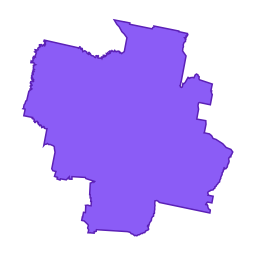 the district of Macedon Ranges, Victoria, Australia, rotated 183°
{"feature_id": "25037944B22463121274190", "entity_name": "Macedon Ranges", "entity_type": "district", "adm_level": 2, "iso_a3": "AUS", "parent_name": "Australia", "parent_adm1": "Victoria", "projection": "equal_earth", "projection_center": [144.673, -37.333], "detail": "fine", "context": "isolated", "style": "filled", "palette": "violet", "viewbox_px": 256, "rotation_deg": 183, "n_neighbors": 0, "source": "geoboundaries", "source_scale": "gbopen_adm2", "svg_char_len": 5856}
<svg xmlns="http://www.w3.org/2000/svg" viewBox="0 0 256 256"><g transform="rotate(183 128 128)"><path d="M46.1,176.3L59.1,179.9L59.7,180.9L59.6,182.5L59.7,183.1L60.6,183.6L60.9,184.7L62.4,185.5L63.6,184.6L64.8,181.6L66.0,181.9L68.6,181.5L68.9,180.8L69.4,180.7L69.9,180.9L70.3,181.6L70.7,181.7L73.3,176.4L74.7,175.1L75.5,175.4L75.9,171.9L76.7,171.3L77.7,171.7L78.1,172.8L78.4,173.0L77.9,173.8L77.6,176.5L77.4,176.5L73.8,203.0L77.5,207.8L77.4,210.6L76.9,212.0L77.2,214.0L76.5,216.3L75.7,217.2L75.2,217.3L75.1,219.3L75.7,220.1L75.6,220.7L76.1,221.1L75.7,221.2L75.3,221.0L75.5,221.4L75.1,221.6L75.6,221.9L74.7,221.8L74.7,222.2L74.3,222.4L74.5,222.9L74.0,222.8L73.4,223.6L73.3,224.1L73.5,224.4L73.3,224.7L74.0,225.0L73.8,225.5L82.4,226.9L82.3,227.5L107.4,231.2L107.2,230.4L108.5,229.6L109.1,228.3L131.8,231.7L131.6,233.0L147.4,235.2L144.6,231.0L142.0,228.5L139.2,223.9L136.8,221.8L133.8,218.1L135.7,204.1L138.2,202.0L139.2,202.9L139.6,202.5L140.3,202.7L140.4,203.8L140.8,204.1L141.4,203.9L141.7,204.3L142.1,204.3L143.3,203.6L143.5,203.9L144.5,203.7L145.3,204.8L146.1,203.5L146.7,203.8L147.3,203.8L148.1,204.5L148.6,203.7L150.1,204.0L150.9,203.3L150.6,203.2L150.2,202.6L149.5,202.7L149.7,201.7L151.5,200.9L152.0,202.3L152.4,201.9L152.4,201.1L153.5,201.2L153.0,199.9L154.3,198.2L154.6,198.3L154.5,199.1L154.8,199.3L156.4,199.3L156.4,198.9L155.9,198.1L155.9,197.5L157.1,197.4L157.6,196.0L157.8,196.4L157.9,197.6L158.3,197.4L158.8,196.2L161.6,196.4L161.9,197.1L161.3,198.1L161.3,198.5L161.6,198.7L162.4,198.2L163.1,198.6L163.7,198.5L163.7,197.7L164.0,196.8L164.2,196.6L164.7,196.7L166.3,198.1L168.5,198.5L169.6,200.4L170.9,201.5L171.2,201.2L170.7,199.6L171.2,199.4L172.9,200.7L173.2,201.7L175.2,202.9L177.1,201.9L177.9,205.0L178.3,205.1L178.1,204.1L178.9,204.1L180.1,205.5L180.0,206.4L180.4,206.6L181.6,205.1L182.5,205.6L216.2,211.4L216.6,210.3L214.9,209.6L215.7,208.7L215.0,208.0L214.8,207.4L215.3,206.9L216.0,207.3L216.4,206.9L215.4,206.5L215.3,205.9L215.7,205.7L216.3,206.4L217.0,206.4L217.2,206.2L217.2,205.8L218.0,205.3L218.7,206.8L220.8,206.5L220.9,206.2L220.6,205.6L219.9,205.4L219.8,204.7L220.2,204.6L220.6,205.0L220.6,203.8L221.4,203.8L222.2,202.9L222.2,202.5L221.8,201.8L221.9,201.4L222.3,201.1L224.8,201.3L224.5,200.7L224.6,200.2L223.8,200.3L223.5,199.9L225.1,199.1L223.5,198.1L224.4,195.3L224.2,194.1L225.5,194.7L226.0,194.5L225.4,193.6L226.0,193.2L225.4,192.9L225.5,192.5L226.6,192.9L226.4,190.4L227.6,189.5L228.2,189.9L228.4,188.2L227.8,188.2L227.2,188.0L226.6,188.5L226.0,188.6L225.2,187.9L225.2,187.2L223.6,186.4L225.8,185.5L225.7,185.2L225.3,185.0L225.8,183.8L225.5,183.1L225.7,181.8L225.0,181.8L224.5,181.4L226.0,180.0L224.9,179.3L225.4,178.9L226.1,179.0L226.5,178.0L226.5,177.1L225.6,177.2L225.5,176.4L226.4,176.1L227.0,175.1L226.5,174.1L227.0,173.7L225.8,172.8L226.1,172.5L226.4,172.9L226.8,172.8L227.0,172.4L226.3,171.2L225.9,171.0L224.9,171.4L224.7,171.2L225.0,170.7L225.0,169.8L224.8,169.7L225.0,169.4L226.6,169.6L227.5,169.2L227.9,167.8L227.2,166.8L226.9,167.0L227.0,166.1L226.0,165.8L226.1,165.5L227.7,165.0L227.8,164.7L227.1,164.3L227.2,163.0L227.0,162.5L226.7,162.5L226.0,162.0L226.7,161.4L227.1,161.6L227.9,161.6L227.6,160.7L228.9,159.5L230.6,150.1L231.4,149.7L231.9,148.2L232.0,147.1L232.9,145.9L233.3,143.7L233.2,142.6L233.9,141.8L231.7,141.4L232.7,134.8L223.8,133.5L224.2,132.5L223.8,132.2L222.8,132.2L222.2,131.7L222.2,130.8L221.9,130.4L222.2,129.8L221.5,129.4L221.4,128.7L220.7,128.7L220.8,129.5L219.3,129.9L218.8,129.8L218.3,128.3L217.8,128.5L217.6,126.9L216.6,126.4L216.3,125.7L215.9,125.8L215.8,126.5L214.8,126.1L214.2,123.9L212.7,124.5L213.0,124.8L212.9,125.0L212.1,125.0L211.6,124.5L211.6,123.6L211.4,123.3L209.4,122.9L208.9,123.0L211.2,106.1L210.3,107.3L208.6,107.6L207.7,108.3L206.2,107.3L204.8,107.5L201.6,106.3L200.6,105.5L200.5,103.9L199.6,100.0L202.0,83.3L200.8,81.4L197.7,80.8L198.9,75.8L195.8,75.0L196.2,73.4L193.1,72.5L192.8,73.7L186.9,73.0L184.2,76.1L184.1,73.9L181.3,73.9L181.4,76.5L181.1,76.5L168.1,76.4L167.4,75.3L158.5,72.9L159.2,72.1L159.6,72.9L160.5,72.7L161.2,71.6L162.8,71.0L162.8,59.5L162.3,59.5L162.1,56.2L161.3,56.2L161.4,52.7L160.7,52.7L160.8,48.4L163.0,48.5L163.9,48.9L166.4,48.5L166.1,47.7L166.1,41.3L168.0,41.5L168.7,36.5L169.0,36.6L169.4,33.3L166.9,32.9L162.9,29.4L162.5,28.3L163.1,26.2L162.9,25.6L162.1,24.7L162.0,23.4L162.5,21.3L160.3,21.3L160.1,21.5L159.6,21.3L156.3,21.2L156.3,22.8L155.1,22.8L154.3,23.2L154.4,24.0L154.2,24.8L123.3,24.5L120.6,24.0L119.2,22.6L117.7,22.3L115.7,20.8L114.6,21.2L113.5,20.8L112.3,21.9L111.0,22.0L109.3,23.4L108.3,23.3L107.1,24.3L105.8,24.4L104.9,26.1L102.4,27.4L102.1,27.9L102.3,28.9L102.8,30.3L103.4,30.9L103.3,31.5L103.0,31.7L102.5,31.1L102.1,31.3L102.4,32.4L101.9,32.5L101.4,34.7L100.2,36.2L100.1,36.8L99.7,37.4L99.9,38.3L99.4,39.8L98.7,40.9L97.9,41.3L97.9,43.9L97.2,44.1L97.1,44.4L97.3,46.2L97.0,48.3L97.2,49.9L97.0,52.4L97.3,53.2L97.3,56.6L95.4,57.1L94.0,56.4L92.8,55.3L41.8,47.4L41.5,50.0L41.6,50.5L43.3,51.5L43.6,52.0L44.3,53.9L44.3,54.7L45.2,55.9L46.0,55.4L46.4,55.7L45.3,57.7L44.6,58.2L40.3,57.6L39.4,64.3L44.6,65.1L44.3,65.9L45.0,67.2L44.9,68.0L43.5,69.3L43.0,69.3L42.2,70.1L39.7,70.7L39.2,71.8L38.4,72.2L38.0,72.8L38.2,73.7L36.9,74.6L36.7,75.5L35.3,77.1L35.0,77.9L33.7,79.0L33.6,80.7L32.7,82.6L32.8,83.7L31.6,86.4L31.6,88.3L31.0,88.9L30.8,89.5L30.5,90.3L30.7,91.0L29.9,91.6L30.1,93.0L29.9,93.3L28.8,92.4L28.2,92.4L26.8,94.3L26.6,96.4L26.0,97.5L26.0,98.0L25.7,98.1L25.3,99.7L25.4,100.7L25.9,102.3L25.7,103.3L25.5,103.7L24.9,103.8L24.8,104.2L24.7,105.1L24.9,105.4L23.8,104.8L23.4,106.9L22.8,107.5L22.6,108.5L22.1,109.5L24.1,112.0L29.0,113.7L32.5,117.2L39.5,121.2L42.5,122.0L44.1,124.7L46.4,126.4L51.7,127.2L51.5,127.5L50.3,135.8L50.7,139.4L59.8,140.5L58.5,150.5L59.3,153.9L58.9,156.5L58.7,156.8L58.0,157.2L47.0,155.5L45.6,165.8L46.0,166.2L46.1,166.9L46.6,167.6L46.4,169.4L47.2,169.4L46.1,176.3Z" fill="#8b5cf6" stroke="#5b21b6" stroke-width="1.5"/></g></svg>